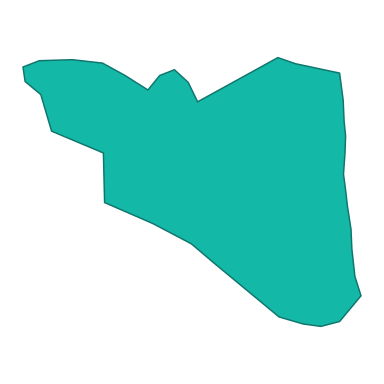 outline of Senador Georgino Avelino, Rio Grande do Norte, Brazil
{"feature_id": "56859067B48264665156526", "entity_name": "Senador Georgino Avelino", "entity_type": "district", "adm_level": 2, "iso_a3": "BRA", "parent_name": "Brazil", "parent_adm1": "Rio Grande do Norte", "projection": "albers", "projection_center": [-35.121, -6.162], "detail": "fine", "context": "isolated", "style": "filled", "palette": "teal", "viewbox_px": 384, "rotation_deg": 0, "n_neighbors": 0, "source": "geoboundaries", "source_scale": "gbopen_adm2", "svg_char_len": 556}
<svg xmlns="http://www.w3.org/2000/svg" viewBox="0 0 384 384"><path d="M279.1,317.0L303.2,324.0L320.9,326.4L339.6,321.5L361.0,295.8L354.9,276.4L351.9,249.2L351.0,229.2L347.4,205.9L345.6,190.2L343.5,174.1L345.0,153.0L345.6,136.0L344.1,121.2L343.2,100.3L339.6,73.1L295.4,63.7L277.9,57.6L197.6,101.8L188.2,82.4L174.4,69.7L159.7,75.5L147.9,90.0L125.1,75.5L102.5,63.1L72.4,59.7L39.3,60.7L23.0,67.0L25.1,81.5L40.8,94.6L51.6,131.2L103.4,153.0L104.6,202.6L152.7,223.5L191.3,243.8L214.4,263.4L279.1,317.0Z" fill="#14b8a6" stroke="#0f766e" stroke-width="1.5"/></svg>